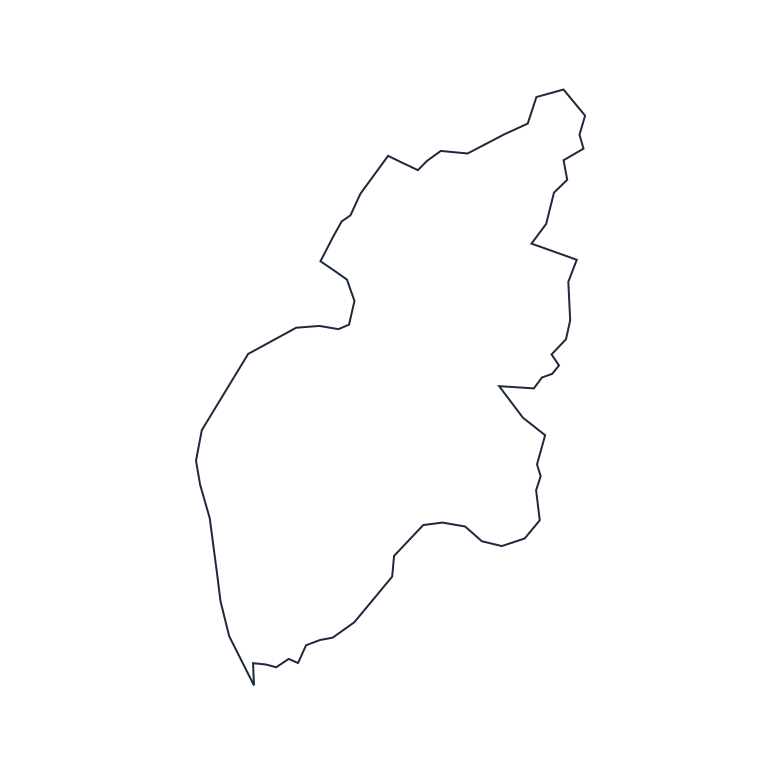 the district of Bom Retiro do Sul, Rio Grande do Sul, Brazil, rotated 8°
{"feature_id": "56859067B38200591405755", "entity_name": "Bom Retiro do Sul", "entity_type": "district", "adm_level": 2, "iso_a3": "BRA", "parent_name": "Brazil", "parent_adm1": "Rio Grande do Sul", "projection": "equal_earth", "projection_center": [-51.914, -29.636], "detail": "fine", "context": "isolated", "style": "outline", "palette": "slate", "viewbox_px": 768, "rotation_deg": 8, "n_neighbors": 0, "source": "geoboundaries", "source_scale": "gbopen_adm2", "svg_char_len": 1049}
<svg xmlns="http://www.w3.org/2000/svg" viewBox="0 0 768 768"><g transform="rotate(8 384 384)"><path d="M550.7,412.3L526.3,398.1L498.3,370.1L533.0,367.5L539.5,355.6L549.2,350.5L554.7,341.3L545.8,331.4L558.0,314.3L559.5,295.0L552.3,257.1L557.6,234.2L529.2,228.3L510.5,224.5L522.3,202.9L525.7,170.8L537.0,156.3L530.7,137.4L548.8,123.2L542.9,109.9L545.8,90.3L520.8,67.4L495.0,78.6L490.1,106.1L468.5,119.9L434.7,144.1L407.8,145.3L395.6,157.0L387.8,167.5L372.9,162.9L356.3,157.5L334.2,198.8L327.3,221.7L319.5,228.8L313.2,245.1L304.0,271.3L321.6,280.0L332.8,285.8L343.2,305.9L341.1,330.1L331.3,336.0L311.9,335.5L289.2,340.5L245.3,373.1L210.0,455.1L208.5,486.1L215.9,509.3L230.1,541.1L245.7,597.3L252.2,621.5L265.8,655.3L297.2,700.6L293.2,678.7L306.0,678.2L316.7,679.5L327.9,669.5L337.7,672.3L343.2,653.5L356.3,646.4L368.5,642.3L387.8,624.0L418.9,573.6L417.9,552.8L442.5,518.2L461.2,513.1L484.1,513.8L502.8,526.1L523.2,528.1L544.8,517.4L557.2,497.3L549.4,468.0L552.0,453.5L546.7,442.3L550.7,412.3Z" fill="none" stroke="#1e293b" stroke-width="2"/></g></svg>